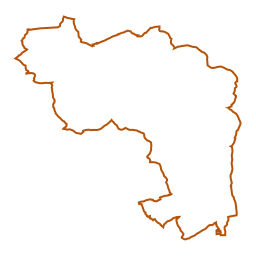 outline of Varbilau, Prahova, Romania
{"feature_id": "2599482B35718345060420", "entity_name": "Varbilau", "entity_type": "district", "adm_level": 2, "iso_a3": "ROU", "parent_name": "Romania", "parent_adm1": "Prahova", "projection": "robinson", "projection_center": [25.962, 45.161], "detail": "fine", "context": "isolated", "style": "outline", "palette": "amber", "viewbox_px": 256, "rotation_deg": 0, "n_neighbors": 0, "source": "geoboundaries", "source_scale": "gbopen_adm2", "svg_char_len": 5767}
<svg xmlns="http://www.w3.org/2000/svg" viewBox="0 0 256 256"><path d="M236.5,215.3L236.8,213.2L236.6,212.4L236.3,208.6L235.5,202.7L233.9,198.4L233.7,197.1L232.8,196.0L232.2,194.9L231.1,187.1L230.8,186.2L231.2,186.0L230.9,185.3L231.8,183.2L231.8,182.9L230.7,178.3L230.5,175.3L231.5,173.1L232.5,169.0L231.6,163.1L232.3,160.1L232.1,160.0L232.2,158.9L231.7,155.2L232.1,154.0L232.5,150.9L232.1,147.8L231.5,146.6L230.9,146.3L232.0,145.8L234.0,142.8L235.4,138.4L234.7,137.9L236.0,135.1L236.5,131.4L237.0,130.5L237.8,130.3L240.6,123.7L240.2,121.7L238.7,118.6L238.2,116.9L236.1,113.6L235.5,113.5L234.8,112.8L233.1,111.9L231.2,109.9L230.3,109.7L228.8,108.4L229.3,107.6L228.6,107.5L231.5,106.4L231.5,104.8L232.3,104.4L232.6,103.6L233.3,103.4L234.3,102.0L234.8,100.7L235.3,98.7L236.0,97.1L236.0,96.7L235.7,96.3L236.0,96.0L235.9,95.7L235.3,95.5L235.0,94.9L234.3,94.4L233.5,93.4L234.3,92.2L234.9,90.3L234.8,88.5L235.3,87.7L236.3,87.1L236.5,86.6L236.5,86.0L236.0,84.5L235.3,83.8L235.3,82.7L236.5,81.5L237.2,81.4L237.2,78.4L236.7,77.1L235.9,75.8L232.1,71.3L229.8,70.0L227.4,69.6L224.5,68.1L224.3,67.8L222.7,67.3L221.7,66.7L220.6,66.6L217.4,66.9L215.5,67.6L212.2,68.0L210.8,67.6L208.4,66.0L207.5,65.2L207.6,64.0L207.3,63.0L207.4,61.6L207.0,59.2L207.3,58.0L207.3,57.2L207.2,56.4L206.5,54.9L204.3,52.7L201.6,51.8L201.2,51.2L199.2,49.8L196.4,47.3L192.6,46.8L188.1,45.4L187.1,45.3L181.3,46.1L179.5,46.6L178.1,46.6L174.2,48.5L174.6,47.6L173.3,45.7L171.4,43.9L171.0,43.0L170.9,41.5L171.4,38.7L170.2,38.0L169.7,36.5L168.3,33.9L164.8,31.9L163.1,31.4L160.9,31.3L159.9,31.1L159.1,29.8L159.5,28.6L159.5,26.5L155.0,26.9L151.7,28.0L150.7,27.8L145.9,32.9L145.1,32.9L144.5,33.2L142.5,35.6L141.8,36.1L139.9,36.5L137.6,36.3L138.2,35.3L135.8,35.0L134.5,34.3L134.1,33.7L133.1,33.6L131.7,33.0L130.7,31.4L127.7,30.6L127.0,31.1L125.6,31.4L124.3,32.3L121.6,32.9L120.3,33.5L118.5,34.0L118.5,34.5L117.1,34.8L116.9,35.2L113.9,36.0L111.2,37.2L110.3,37.8L105.7,39.9L105.6,40.2L100.5,42.1L97.9,43.4L97.0,43.7L96.9,43.0L94.4,44.2L92.8,44.5L93.5,45.7L92.3,45.8L92.1,46.2L86.6,43.3L85.1,42.8L82.5,42.4L80.8,41.7L81.3,39.7L78.7,36.6L78.3,31.9L76.5,30.2L75.3,28.4L75.0,26.4L74.4,25.2L73.7,22.6L73.8,20.4L74.2,19.2L71.7,18.9L69.4,18.2L67.4,18.1L66.6,17.5L63.8,16.6L63.1,18.5L62.9,20.6L62.7,21.3L61.5,22.3L60.3,23.8L60.1,24.2L60.0,25.9L59.9,26.2L57.8,27.3L39.8,28.4L28.9,29.9L28.8,29.3L27.5,29.5L27.6,30.6L27.4,32.6L27.1,32.9L26.6,33.9L25.3,34.7L24.8,35.7L24.6,37.2L24.0,38.0L23.0,38.4L22.6,39.5L21.6,40.8L22.5,42.1L22.3,43.3L22.7,45.0L24.0,46.7L24.4,48.0L27.0,49.5L24.4,51.5L24.1,51.5L22.0,52.9L21.6,53.3L21.4,54.0L19.6,55.3L18.8,55.4L18.7,55.9L15.4,58.5L17.4,59.3L19.6,60.7L20.2,61.1L23.6,64.9L25.5,65.5L25.9,69.5L26.6,70.3L28.1,70.9L28.5,71.8L26.3,73.3L26.3,73.6L31.1,73.0L33.4,73.4L34.6,74.2L35.0,75.2L34.9,76.0L34.7,76.9L33.9,78.4L34.3,79.8L33.6,80.5L34.0,81.1L35.2,82.1L39.5,83.2L42.3,83.2L45.6,82.8L48.6,83.0L52.2,82.6L51.6,83.3L51.4,84.1L52.3,85.4L51.9,86.3L51.7,87.9L52.2,89.0L52.0,90.5L52.6,92.7L53.1,97.5L54.5,100.0L54.4,100.4L54.7,100.9L54.4,101.7L54.5,102.5L53.7,103.2L53.1,104.7L53.3,106.1L53.2,106.9L54.4,108.7L54.3,109.4L54.7,110.8L55.6,112.6L55.6,113.3L58.5,116.8L60.1,118.0L62.0,120.1L63.3,121.1L64.3,121.5L65.7,123.4L66.6,124.0L66.4,124.5L66.6,125.1L66.3,126.4L64.9,127.6L63.8,128.2L63.3,128.8L65.6,129.2L67.1,129.7L69.2,129.3L70.3,129.5L72.9,130.4L74.3,131.6L76.6,133.1L78.8,133.3L80.2,133.8L80.8,133.8L81.5,133.6L82.4,132.6L83.4,131.9L83.1,130.8L84.1,130.4L88.1,129.7L89.7,129.8L91.1,130.2L93.3,129.9L97.0,130.0L99.5,129.4L101.3,128.5L104.5,125.8L107.1,124.4L108.0,123.4L109.0,122.7L111.6,120.0L112.0,120.8L113.8,122.4L114.7,123.8L116.8,125.3L117.7,127.3L118.5,128.6L120.3,129.6L121.6,129.7L122.6,129.5L123.8,129.0L125.4,127.9L128.8,129.6L129.9,129.9L133.3,129.9L137.5,130.7L138.3,131.5L139.6,131.6L140.7,132.4L143.5,133.3L144.1,134.3L144.4,137.1L145.2,138.4L147.3,140.5L149.3,141.2L150.9,142.3L151.1,143.2L151.4,146.2L151.1,147.2L151.1,150.1L149.8,153.6L147.4,156.3L147.2,156.7L147.4,157.5L147.7,157.8L149.0,158.4L149.6,159.0L150.3,160.8L150.0,162.2L153.7,162.2L155.7,162.5L159.5,164.0L160.6,166.4L161.2,169.8L163.3,173.4L163.5,174.2L163.9,174.9L163.9,175.8L165.9,177.7L167.0,179.3L167.0,180.5L166.3,181.8L166.2,182.4L167.5,185.0L168.0,187.1L168.9,189.8L169.4,190.8L169.8,192.5L171.4,194.1L170.6,194.7L169.3,195.1L169.0,194.8L168.4,195.3L166.4,195.7L165.2,195.8L161.1,197.0L159.9,197.6L160.2,198.1L160.5,199.4L158.4,200.2L156.7,201.3L154.0,201.0L152.9,200.1L152.5,200.1L152.5,199.7L152.1,199.8L150.6,199.3L146.5,200.1L143.7,201.4L140.8,201.7L138.8,202.5L139.1,203.9L139.2,204.1L141.6,204.1L144.0,211.3L145.5,212.5L145.6,212.9L145.3,213.7L146.5,215.0L147.0,216.1L147.6,216.1L148.0,216.8L149.9,216.1L149.9,216.6L149.2,217.0L149.9,218.3L150.2,218.6L151.1,218.5L152.4,219.5L153.0,220.2L153.6,219.5L154.8,219.1L155.7,220.5L157.3,222.4L159.5,223.5L161.8,226.1L163.2,227.2L163.3,226.5L164.1,224.5L167.0,221.7L168.1,221.0L168.9,221.0L170.7,220.2L172.3,219.1L173.1,218.2L176.9,217.0L179.2,216.9L178.7,217.6L176.6,219.1L176.3,219.7L176.9,222.7L177.8,225.5L180.1,228.5L180.6,230.6L182.0,232.0L183.4,233.9L183.1,235.3L181.8,237.0L181.7,237.7L183.8,239.0L185.3,239.4L186.3,239.2L187.3,238.6L189.2,238.4L190.7,237.2L194.6,235.5L197.3,233.4L198.4,233.0L202.5,230.3L205.5,228.9L207.8,226.5L209.4,225.2L210.1,225.0L212.3,225.1L213.4,224.4L214.2,223.3L215.9,222.5L215.7,223.6L215.9,224.0L216.3,224.0L216.6,225.0L216.5,225.8L217.5,226.9L218.1,228.2L219.2,229.3L219.3,229.7L217.8,229.7L217.2,230.0L218.3,230.8L220.4,230.9L220.5,231.4L219.9,231.6L216.5,231.3L216.6,234.2L220.6,233.5L220.4,234.1L220.6,235.2L225.1,235.2L225.3,232.6L225.3,231.1L224.6,229.1L224.6,227.1L225.0,226.5L226.1,225.7L227.0,224.6L227.1,222.6L228.5,219.8L228.1,217.1L229.7,216.5L236.5,215.3Z" fill="none" stroke="#b45309" stroke-width="2"/></svg>